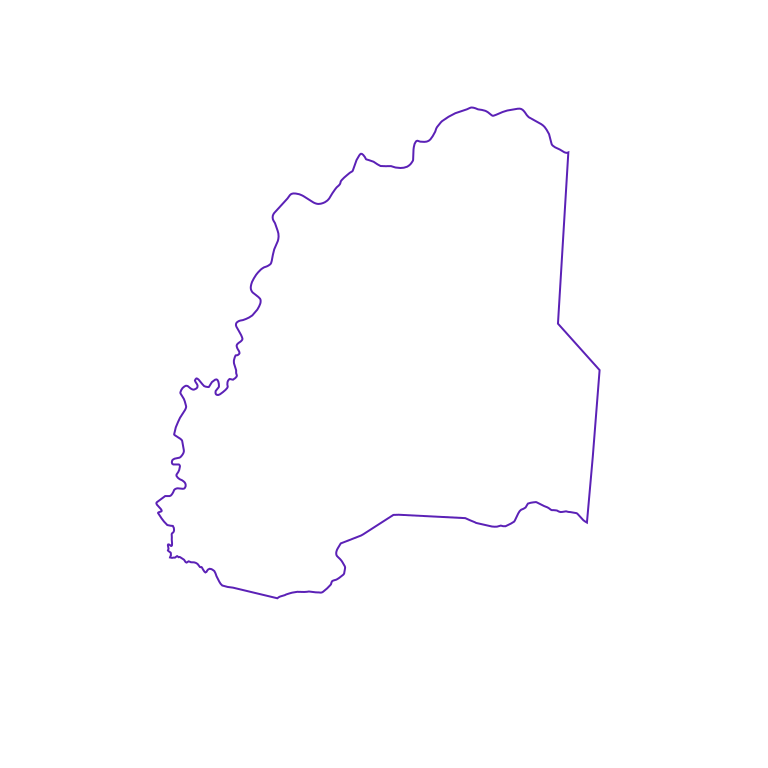 the district of San Marcos, Santa Bárbara, Honduras, rotated 333°
{"feature_id": "27666195B40809128774202", "entity_name": "San Marcos", "entity_type": "district", "adm_level": 2, "iso_a3": "HND", "parent_name": "Honduras", "parent_adm1": "Santa Bárbara", "projection": "natural_earth1", "projection_center": [-88.436, 15.258], "detail": "fine", "context": "isolated", "style": "outline", "palette": "violet", "viewbox_px": 768, "rotation_deg": 333, "n_neighbors": 0, "source": "geoboundaries", "source_scale": "gbopen_adm2", "svg_char_len": 6166}
<svg xmlns="http://www.w3.org/2000/svg" viewBox="0 0 768 768"><g transform="rotate(333 384 384)"><path d="M123.7,445.7L126.0,449.7L126.2,450.7L126.2,451.3L126.4,452.7L127.1,453.5L129.4,453.3L130.1,454.0L131.1,455.2L133.8,456.7L135.1,457.9L136.2,459.7L136.9,463.5L137.5,464.0L138.3,464.3L138.5,465.4L138.5,466.9L138.8,469.6L139.3,470.8L140.5,470.8L141.9,469.9L143.3,469.4L144.8,469.5L146.3,470.7L147.2,472.2L147.9,473.6L147.9,476.2L147.5,479.2L147.5,485.3L147.7,487.8L148.4,490.1L152.5,493.8L157.0,496.9L191.7,526.5L193.3,526.2L194.9,526.2L199.8,527.1L201.3,527.1L204.4,527.6L207.4,528.2L212.4,529.8L218.5,533.1L221.1,534.2L222.9,534.8L228.7,538.7L231.1,540.0L232.8,541.1L233.9,541.5L235.2,541.5L240.5,540.3L244.9,538.8L245.8,538.4L247.3,536.8L248.4,536.1L249.6,536.1L252.8,536.7L254.4,536.6L256.2,536.4L261.3,535.4L262.4,534.8L265.5,530.7L266.1,529.7L266.3,528.6L266.1,524.2L265.9,522.3L265.4,520.1L264.4,517.2L264.0,515.8L264.0,514.8L264.3,513.7L265.1,512.2L266.6,510.6L268.1,509.5L273.1,506.4L294.8,508.6L297.2,508.5L332.9,504.9L337.8,507.2L395.5,540.4L398.9,544.6L402.1,548.3L403.0,549.6L415.5,560.0L417.8,561.4L419.9,562.4L423.8,563.2L425.5,564.7L427.7,565.9L433.7,566.0L437.5,565.7L438.8,564.9L444.8,560.3L446.9,559.0L448.0,558.6L449.2,558.3L451.7,558.5L454.1,558.3L457.9,555.9L460.7,556.4L463.2,557.2L465.8,558.2L466.3,558.7L471.3,565.5L473.6,568.1L474.6,569.7L475.5,571.6L476.3,572.6L478.2,573.6L480.2,574.9L480.8,575.4L481.7,576.8L483.1,578.2L484.7,578.9L488.4,580.1L490.1,581.6L492.0,582.8L496.8,586.4L497.3,587.1L497.6,588.0L499.8,595.9L500.7,597.7L501.9,599.6L537.0,543.6L582.4,469.5L566.4,409.2L653.4,261.3L652.5,261.2L651.7,261.0L650.8,260.3L649.9,259.4L647.1,254.9L643.9,250.8L642.6,248.3L642.3,247.2L642.3,246.2L644.5,236.3L644.3,231.3L643.8,228.0L643.1,225.9L642.1,223.9L634.1,212.0L633.3,209.3L632.9,206.0L632.5,204.2L632.0,202.7L631.2,201.4L630.0,200.3L628.0,199.4L618.0,196.3L613.2,195.5L605.9,195.0L603.6,194.7L602.9,194.5L602.4,194.1L601.9,193.3L600.0,189.1L599.0,187.5L598.1,186.4L595.6,184.2L592.5,182.0L590.7,179.9L589.2,178.5L587.9,177.6L587.1,177.2L585.6,177.0L582.6,176.9L570.5,175.1L562.8,175.2L555.3,176.1L553.6,176.6L548.0,179.1L546.5,180.1L544.2,182.4L539.9,185.3L536.4,187.1L534.2,187.6L532.1,187.4L529.9,186.6L526.3,184.5L524.3,182.5L523.7,182.3L522.9,182.3L521.8,182.9L520.2,184.0L518.1,186.5L516.8,188.4L511.7,197.5L511.2,198.1L509.4,199.2L507.3,200.2L505.3,200.7L503.3,200.9L499.9,200.3L496.7,199.0L492.5,196.3L489.1,193.0L484.2,190.6L479.9,188.2L477.9,185.3L475.6,181.2L472.3,177.8L470.2,175.8L470.0,175.3L470.0,173.2L469.5,170.5L468.8,169.0L468.0,168.4L467.0,168.5L465.7,169.1L461.2,172.0L453.4,179.4L452.8,179.9L452.2,180.1L449.4,180.3L445.9,181.1L442.2,182.0L438.9,183.1L437.5,183.8L436.2,185.3L435.3,186.0L433.8,186.6L431.1,187.3L428.9,188.3L424.6,190.6L419.3,193.9L416.9,194.8L414.0,195.2L411.9,195.1L409.7,194.7L407.5,193.9L406.2,193.1L404.9,191.9L403.6,190.3L397.5,180.0L396.5,178.6L394.7,176.5L391.8,174.2L389.6,173.0L387.7,172.6L385.9,173.0L382.2,174.9L363.8,181.8L362.6,182.5L361.4,183.5L360.4,185.0L359.8,186.7L359.7,188.3L359.9,191.2L358.8,199.2L358.2,202.0L357.0,204.8L355.6,206.9L354.3,208.4L347.3,214.2L343.6,218.5L339.9,223.3L338.4,224.9L337.7,225.4L336.9,225.7L334.8,226.0L332.9,226.0L330.0,225.6L327.8,225.8L326.2,226.1L322.4,227.4L319.7,228.6L316.0,230.8L312.8,233.1L311.1,234.8L309.8,236.4L309.1,237.5L308.5,238.9L308.3,240.2L308.3,241.8L308.6,243.0L311.6,249.5L312.3,251.8L312.2,252.9L311.8,254.0L310.8,255.6L309.8,256.6L307.9,258.2L304.9,260.2L297.8,263.1L294.0,263.5L290.6,263.4L287.3,263.0L284.6,262.2L282.9,262.0L280.9,262.3L280.1,262.7L279.5,263.2L278.8,264.3L278.5,265.9L278.7,269.9L278.9,275.6L278.7,278.1L278.4,279.5L277.8,280.2L276.5,280.8L275.3,281.1L273.0,281.4L271.4,281.9L270.7,282.3L270.0,283.1L269.7,284.3L269.5,285.9L269.7,289.2L269.5,290.3L269.1,291.1L268.4,291.5L266.9,291.8L266.1,291.7L265.2,291.2L264.7,291.2L263.1,292.5L261.0,294.8L260.2,296.3L259.7,297.6L258.5,304.6L257.2,307.2L256.8,309.5L256.5,310.0L256.0,310.5L254.2,311.2L251.4,311.6L248.8,309.5L247.9,309.6L246.5,310.3L245.4,311.3L244.2,313.3L243.6,315.3L243.1,315.9L242.4,316.4L240.1,317.3L236.8,318.1L233.2,318.7L231.6,318.6L230.7,318.2L229.9,317.5L229.6,316.6L229.8,315.5L230.3,314.6L230.9,313.8L235.3,311.8L235.9,311.1L236.9,308.9L237.5,306.5L237.4,304.7L237.1,304.2L236.7,303.8L235.4,303.5L231.5,304.2L226.7,307.1L226.4,307.1L225.8,306.8L224.0,305.5L222.8,304.2L222.1,301.8L220.8,295.9L220.1,294.5L219.7,294.1L219.3,293.9L218.1,294.3L217.1,295.1L217.0,296.5L217.3,299.5L217.2,300.6L216.8,301.4L216.2,302.2L215.6,302.5L214.8,302.8L212.7,302.8L211.8,302.6L211.2,302.2L210.4,301.3L209.7,300.2L208.2,296.8L207.5,296.1L206.5,295.6L205.0,295.6L202.8,296.1L200.8,297.2L199.3,298.5L198.6,299.3L198.4,300.0L198.9,306.5L198.6,309.1L197.8,313.0L197.5,314.2L197.0,315.0L196.2,315.8L195.1,316.7L186.9,321.5L183.3,324.3L178.8,328.1L174.2,333.5L174.1,333.9L174.5,334.9L177.8,340.6L178.4,342.5L178.3,343.2L175.6,352.1L175.0,353.3L174.1,354.3L172.7,355.3L171.1,356.1L169.5,356.7L168.4,356.8L163.6,355.5L162.4,355.5L161.4,355.6L160.7,355.9L160.0,356.6L159.4,357.5L159.1,358.8L159.7,360.0L164.7,362.6L164.9,362.9L165.0,363.5L165.0,364.2L164.7,364.9L162.5,367.6L160.9,368.9L158.2,370.4L157.7,370.9L157.4,371.7L157.7,373.8L158.7,376.0L160.3,378.0L161.2,379.7L161.7,381.1L161.8,382.0L161.7,383.2L161.3,384.2L160.7,385.2L159.3,386.2L158.6,386.4L157.9,386.3L157.1,386.0L152.7,383.2L151.6,382.9L150.3,382.8L149.0,383.1L147.2,384.6L145.7,385.6L144.3,386.3L143.3,386.6L142.0,386.5L138.2,384.5L128.0,386.2L127.4,386.5L127.0,387.0L126.9,387.7L126.9,388.5L128.4,394.1L128.5,395.6L128.2,396.2L127.7,396.4L124.9,396.0L124.4,396.1L124.1,396.4L124.8,402.7L125.5,406.6L126.9,411.3L129.4,413.3L131.4,414.6L131.4,416.8L130.6,418.9L129.8,419.9L128.9,420.5L127.2,420.9L126.6,421.5L125.4,424.2L124.2,426.4L122.9,429.6L122.2,430.9L121.7,431.6L121.1,431.8L120.7,431.6L120.0,430.0L119.4,429.2L118.8,429.0L118.3,429.4L117.2,433.0L115.9,434.2L116.1,435.0L117.3,437.3L117.3,437.9L116.3,440.0L115.4,440.6L114.6,441.4L116.2,442.7L117.6,443.1L118.9,443.8L121.3,443.4L121.6,443.5L122.4,445.1L123.1,445.2L123.7,445.7Z" fill="none" stroke="#5b21b6" stroke-width="2"/></g></svg>